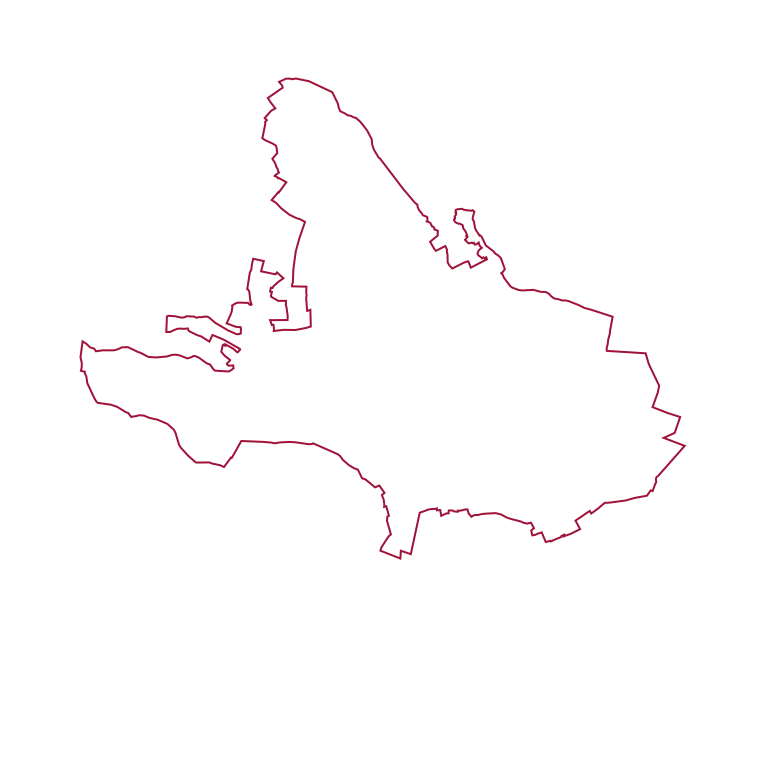 Crasna, Salaj, Romania (Albers equal-area conic projection), rotated 40°
{"feature_id": "2599482B62155795885644", "entity_name": "Crasna", "entity_type": "district", "adm_level": 2, "iso_a3": "ROU", "parent_name": "Romania", "parent_adm1": "Salaj", "projection": "albers", "projection_center": [22.821, 47.154], "detail": "fine", "context": "isolated", "style": "outline", "palette": "rose", "viewbox_px": 768, "rotation_deg": 40, "n_neighbors": 0, "source": "geoboundaries", "source_scale": "gbopen_adm2", "svg_char_len": 6165}
<svg xmlns="http://www.w3.org/2000/svg" viewBox="0 0 768 768"><g transform="rotate(40 384 384)"><path d="M176.9,582.4L188.1,575.4L194.4,573.0L204.5,571.5L206.6,570.6L211.7,571.8L212.3,570.6L215.0,567.7L215.6,566.5L216.8,565.1L220.3,562.6L226.1,560.7L233.5,556.9L243.8,553.8L252.3,554.1L255.6,555.4L265.9,562.2L269.4,563.4L279.7,564.8L290.0,565.1L291.6,564.1L300.4,556.5L303.7,555.3L310.8,551.5L314.8,550.5L314.1,539.1L314.1,538.6L314.8,538.5L314.7,537.3L311.3,519.4L328.8,505.9L335.5,501.2L338.0,500.0L342.4,495.1L349.1,488.9L353.3,485.8L364.9,478.6L367.5,476.2L367.9,475.0L393.8,467.5L396.6,467.4L401.4,468.6L409.5,468.7L415.0,467.8L419.1,466.4L427.8,470.3L431.2,469.0L443.6,468.9L445.7,464.8L454.4,467.1L453.8,470.3L454.1,470.7L457.9,472.6L462.3,476.7L463.1,478.0L464.3,476.2L472.5,481.8L471.8,483.4L474.1,486.8L486.0,494.8L485.5,497.8L486.7,508.2L487.1,511.2L488.4,514.0L508.7,507.2L504.1,500.9L513.9,497.1L494.1,459.6L497.3,454.3L498.1,452.5L500.4,449.6L503.7,446.6L504.4,445.3L505.8,446.7L508.1,444.4L512.6,448.2L514.9,443.1L516.6,441.6L514.9,439.3L517.1,437.4L518.3,436.7L519.5,436.6L522.2,434.8L522.7,434.3L522.0,433.5L523.7,432.2L527.1,427.6L528.5,426.4L531.9,428.7L536.3,429.5L536.9,427.6L537.9,425.8L540.2,424.0L542.2,421.1L545.1,418.1L552.6,411.1L557.8,408.6L563.6,407.5L567.9,405.8L577.6,401.2L579.7,400.8L583.4,398.9L585.7,395.8L591.6,398.1L591.0,400.8L591.1,401.8L594.9,404.6L596.8,402.4L597.7,400.3L600.2,396.3L609.5,401.1L612.2,397.2L613.1,397.3L614.2,394.7L618.1,387.2L617.6,386.3L619.0,383.4L619.7,383.8L619.9,384.7L623.6,378.3L627.5,369.1L618.5,365.6L623.2,349.0L626.0,350.0L627.9,342.4L629.5,333.2L633.3,329.6L644.0,317.9L649.3,310.1L657.2,300.6L656.7,294.0L658.6,293.3L655.9,285.9L655.7,284.3L653.2,281.8L652.6,280.2L653.1,278.2L654.1,238.1L632.9,245.5L638.1,234.6L632.1,218.9L620.2,223.8L604.6,229.1L599.4,215.0L596.0,208.5L573.8,198.4L564.7,192.3L533.4,215.4L531.7,213.7L529.8,209.8L527.3,206.0L524.2,199.4L523.5,198.9L515.9,185.5L495.1,193.9L488.6,196.9L482.4,198.4L471.7,202.0L469.2,203.4L466.7,205.6L463.6,206.7L459.3,209.1L454.8,209.3L452.8,208.8L448.7,209.6L444.9,212.6L437.9,215.9L429.5,223.7L426.6,225.5L420.3,227.7L418.0,227.9L407.7,225.5L404.5,223.9L402.6,223.7L403.0,221.8L402.7,218.3L392.6,212.4L388.6,212.1L385.7,212.6L382.4,212.0L372.9,212.4L363.8,208.3L361.8,208.4L361.7,208.9L355.4,207.0L353.7,206.1L348.4,201.7L345.9,200.7L344.7,198.9L342.4,193.9L340.1,193.9L339.8,194.9L335.6,197.8L332.9,199.3L331.2,199.6L327.8,203.1L327.2,204.3L327.3,205.1L329.1,206.3L328.8,206.8L330.2,207.6L330.5,210.3L331.0,210.9L331.5,210.8L332.1,211.7L331.9,213.0L332.4,213.6L334.7,214.2L338.0,213.4L338.9,212.5L342.3,211.8L344.7,213.8L348.3,214.7L352.0,216.5L351.9,217.8L353.4,217.7L353.4,221.5L357.9,221.9L358.9,221.5L360.5,219.2L361.9,219.0L362.1,218.1L364.2,218.7L365.1,217.3L365.6,214.8L368.7,216.7L371.4,216.8L370.7,220.4L371.3,222.9L372.1,224.3L373.7,224.8L376.7,224.5L378.3,224.8L378.9,223.0L380.4,223.1L380.8,221.2L382.7,222.3L375.7,239.1L370.4,236.1L369.7,235.9L369.3,236.2L367.2,239.7L362.1,251.6L357.8,251.1L354.7,250.0L349.3,243.9L347.2,242.4L345.9,240.6L342.3,238.9L338.2,248.6L335.4,248.1L327.9,245.4L329.7,235.8L326.7,232.0L323.1,233.2L322.2,232.1L319.9,232.0L319.5,232.4L316.2,230.9L314.3,231.1L312.3,232.0L312.2,230.9L310.2,228.6L309.4,228.3L305.5,229.7L304.7,229.6L303.4,229.0L298.8,228.2L295.7,226.6L294.4,225.2L291.2,225.3L273.1,222.2L235.8,213.8L234.4,214.0L225.9,211.1L221.5,208.5L217.2,204.4L208.3,200.7L200.2,198.9L196.7,198.3L191.2,198.2L190.4,198.9L185.7,200.1L183.6,201.5L180.4,201.8L175.4,203.1L174.2,202.8L171.4,201.2L168.3,198.8L156.8,193.7L131.9,200.3L120.2,206.6L117.4,209.9L116.0,210.3L112.8,213.0L109.4,220.0L114.3,220.9L116.0,222.2L115.3,224.2L111.2,239.6L116.8,241.3L123.6,242.7L121.9,247.2L121.7,257.0L124.6,257.2L124.5,259.8L125.7,260.7L132.9,274.0L136.7,273.5L144.2,271.4L148.1,270.9L150.4,272.5L153.8,275.8L153.7,283.2L157.8,284.5L161.4,286.3L161.9,286.9L164.5,287.7L165.1,288.4L167.6,289.6L166.5,293.8L166.5,294.9L169.5,294.1L170.6,294.6L171.2,293.8L179.5,292.2L180.3,304.9L179.7,304.9L179.7,315.3L185.2,314.6L192.2,315.5L202.7,315.1L210.1,313.3L213.8,311.7L219.3,310.6L225.4,326.5L231.2,339.2L240.9,354.5L249.1,365.0L249.4,366.5L250.8,368.3L262.0,359.3L265.9,364.2L268.1,366.2L268.7,367.7L277.5,376.8L278.2,377.4L279.9,374.5L291.0,387.0L288.3,391.1L281.5,399.5L272.0,407.3L265.5,414.3L264.2,412.4L261.7,410.0L261.2,409.7L260.2,410.9L255.7,408.3L269.0,397.0L266.5,393.8L259.9,387.8L258.1,386.7L255.5,383.3L249.6,388.3L241.5,389.7L240.7,389.1L238.9,385.5L237.6,386.4L237.0,386.0L235.5,382.9L236.9,382.0L236.5,380.4L237.3,374.1L239.0,367.7L230.3,367.3L230.4,369.7L217.4,376.7L212.9,367.1L203.3,372.1L205.8,377.0L209.0,382.0L209.3,383.9L210.1,385.7L218.3,399.3L219.3,399.0L221.4,399.8L227.9,406.0L231.5,408.2L231.4,408.8L230.1,409.7L228.0,409.1L221.0,414.5L219.5,416.0L218.5,417.6L217.2,421.6L218.2,422.2L220.8,426.5L222.0,429.8L224.5,438.7L233.5,435.5L235.4,434.4L237.6,432.6L239.8,434.4L240.0,435.3L241.9,437.4L240.3,439.6L238.8,440.7L230.0,443.2L215.3,445.6L207.2,445.5L205.4,446.0L203.0,447.9L201.2,450.2L199.1,451.8L197.9,453.7L195.1,454.5L189.2,459.0L188.8,459.6L188.7,460.5L186.5,463.2L180.4,466.4L175.0,470.3L174.3,471.8L183.8,484.1L186.9,481.5L188.0,478.6L190.2,474.6L191.6,473.1L195.3,470.3L198.1,467.5L199.7,468.6L201.1,468.7L209.3,466.7L213.6,465.0L223.0,463.8L221.1,456.8L221.6,456.5L233.1,453.0L250.8,449.8L251.5,449.9L251.7,450.6L251.5,451.7L251.7,452.6L251.3,454.0L245.7,453.9L236.9,455.6L237.8,456.7L235.5,457.3L235.6,458.0L238.6,463.9L244.1,464.8L250.6,464.5L251.0,465.0L250.5,468.8L250.7,469.6L252.6,470.0L253.6,469.5L256.5,466.7L258.7,468.7L257.5,473.4L256.4,474.7L246.1,482.3L244.4,482.5L238.3,480.9L235.0,482.1L225.4,482.8L221.2,484.0L219.9,485.2L219.4,487.1L216.9,490.8L209.2,493.4L205.6,495.4L202.9,498.0L199.9,502.6L192.3,510.2L186.1,514.7L177.1,516.7L175.4,517.5L164.1,520.4L159.5,524.6L158.0,528.1L155.5,531.8L147.0,538.9L142.3,544.1L139.3,543.2L136.2,544.5L134.5,544.8L130.1,544.5L125.7,545.1L134.3,558.6L139.2,562.4L141.9,565.8L143.3,568.7L146.9,566.9L147.9,568.1L151.2,569.6L156.2,574.1L171.8,581.3L175.4,582.5L176.9,582.4Z" fill="none" stroke="#9f1239" stroke-width="2"/></g></svg>